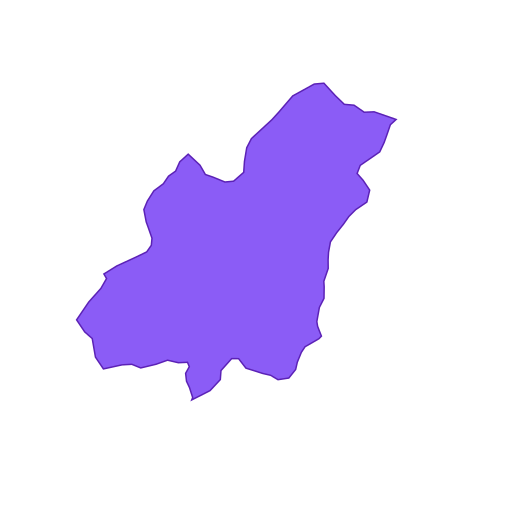 Tierp, Uppsala, Sweden, rotated 330°
{"feature_id": "70781695B92369389474001", "entity_name": "Tierp", "entity_type": "district", "adm_level": 2, "iso_a3": "SWE", "parent_name": "Sweden", "parent_adm1": "Uppsala", "projection": "equal_earth", "projection_center": [17.629, 60.367], "detail": "fine", "context": "isolated", "style": "filled", "palette": "violet", "viewbox_px": 512, "rotation_deg": 330, "n_neighbors": 0, "source": "geoboundaries", "source_scale": "gbopen_adm2", "svg_char_len": 1350}
<svg xmlns="http://www.w3.org/2000/svg" viewBox="0 0 512 512"><g transform="rotate(330 256 256)"><path d="M67.4,277.5L85.6,283.3L94.3,287.7L100.2,295.3L115.4,299.8L127.3,302.0L135.4,309.6L143.5,313.8L142.9,318.5L136.4,322.4L133.2,329.7L132.6,336.7L130.4,346.9L128.4,348.5L148.9,349.6L163.3,345.2L168.4,337.7L183.6,332.7L189.6,336.2L191.2,348.1L197.2,354.6L203.1,361.1L209.0,366.6L213.2,374.1L223.4,378.1L233.6,374.1L238.7,368.6L247.1,362.1L253.1,359.1L269.2,359.1L272.6,358.1L273.3,353.4L274.2,347.7L275.9,343.2L285.2,332.2L293.7,326.7L299.6,316.8L302.1,311.8L312.3,302.9L316.5,295.4L320.7,289.0L327.5,281.0L337.6,276.1L347.8,272.1L356.2,268.2L365.5,265.7L379.0,264.7L387.4,255.8L386.6,243.9L384.8,235.1L391.6,229.6L415.2,227.7L423.7,221.8L429.6,216.8L438.0,209.5L445.6,207.8L430.4,190.2L421.6,185.6L416.3,174.4L408.3,168.8L404.8,156.6L401.2,140.3L392.4,136.2L367.9,135.7L347.7,142.8L338.0,145.9L310.8,152.0L302.1,157.6L293.3,168.3L287.2,177.4L274.0,180.0L266.1,176.4L258.2,166.2L252.9,160.1L252.9,149.4L248.2,133.9L237.1,136.3L228.8,142.3L220.2,143.1L211.9,147.1L200.1,148.5L189.4,154.1L182.1,159.7L178.0,171.5L176.9,177.6L174.8,188.6L170.7,194.4L163.4,197.8L149.9,196.8L130.6,195.0L115.3,195.5L115.3,200.8L105.5,206.5L88.2,212.2L68.7,221.6L69.7,236.1L72.9,245.6L66.4,263.3L67.4,277.5Z" fill="#8b5cf6" stroke="#5b21b6" stroke-width="1.5"/></g></svg>